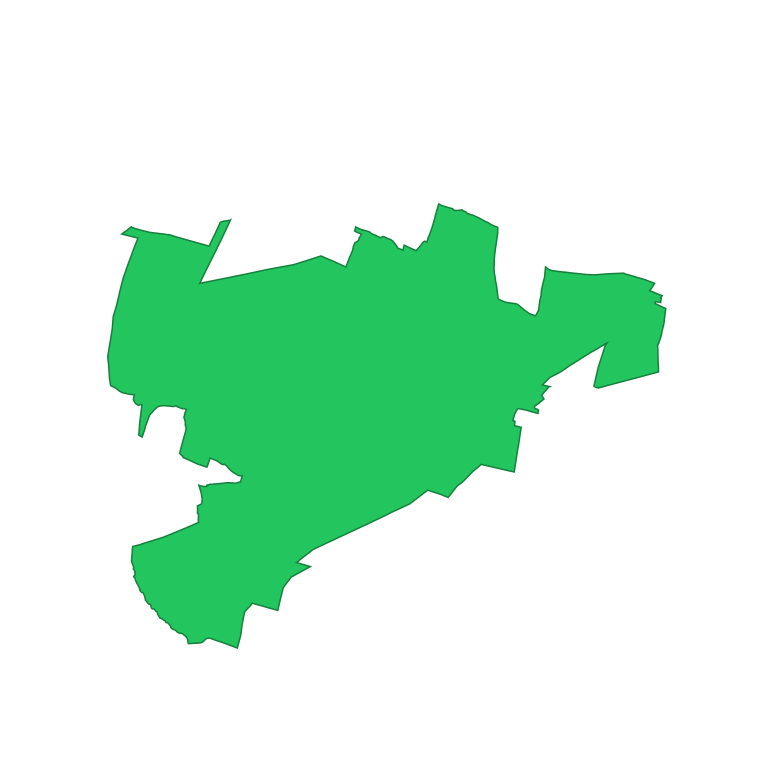 San Pedro Cholula, Puebla, Mexico (Robinson projection), rotated 345°
{"feature_id": "50627088B56415606246768", "entity_name": "San Pedro Cholula", "entity_type": "district", "adm_level": 2, "iso_a3": "MEX", "parent_name": "Mexico", "parent_adm1": "Puebla", "projection": "robinson", "projection_center": [-98.345, 19.072], "detail": "fine", "context": "isolated", "style": "filled", "palette": "green", "viewbox_px": 768, "rotation_deg": 345, "n_neighbors": 0, "source": "geoboundaries", "source_scale": "gbopen_adm2", "svg_char_len": 6136}
<svg xmlns="http://www.w3.org/2000/svg" viewBox="0 0 768 768"><g transform="rotate(345 384 384)"><path d="M133.9,369.9L136.6,372.7L141.6,365.2L142.6,363.1L149.6,353.3L152.6,351.5L155.0,349.7L159.7,347.3L161.7,347.3L164.0,347.7L165.1,347.7L169.1,349.2L171.2,349.8L174.1,351.1L175.3,351.3L176.5,351.3L177.3,351.1L178.1,351.6L178.3,352.4L183.0,355.8L184.6,356.0L186.6,357.5L184.5,360.0L182.1,364.6L182.2,366.6L182.3,367.7L182.2,369.5L181.4,372.4L181.4,373.5L181.5,375.7L178.9,380.5L174.5,387.8L168.6,398.2L171.0,402.0L171.0,403.0L177.2,408.0L181.0,411.3L183.9,413.5L190.7,418.1L191.6,418.4L196.8,410.6L202.8,415.0L204.7,417.4L205.6,418.2L206.7,419.7L207.5,420.1L208.2,420.3L208.7,420.0L210.4,421.6L211.6,424.2L213.1,427.0L214.3,428.9L215.6,430.5L219.6,434.6L220.9,435.3L223.3,436.0L220.0,441.5L219.1,441.3L216.7,441.3L215.1,441.6L213.7,440.9L210.6,439.9L206.7,438.7L197.1,437.3L193.3,436.4L192.6,436.6L190.2,435.9L188.6,436.0L187.3,435.8L186.6,436.0L186.5,436.6L186.2,437.0L184.6,436.7L182.9,436.1L180.9,435.2L179.0,433.8L179.2,441.9L178.7,447.6L178.0,449.8L177.2,451.8L176.5,452.6L173.7,453.3L172.4,453.3L172.0,454.5L171.4,457.4L170.6,459.7L170.4,460.6L170.4,461.0L171.0,461.5L171.1,462.1L169.2,468.0L169.1,469.7L156.7,471.6L131.1,474.9L108.5,475.8L106.7,476.2L105.7,476.0L99.2,475.9L98.1,478.6L97.0,482.2L94.4,489.2L94.3,491.6L94.5,492.8L94.6,494.6L94.8,495.1L94.8,495.8L94.1,497.5L94.0,498.3L94.5,498.9L94.7,500.0L95.2,501.0L95.1,501.3L94.6,501.5L93.8,504.5L92.6,504.8L92.3,505.3L93.3,507.3L93.1,509.1L93.6,511.2L93.7,512.7L94.4,515.0L95.2,519.1L95.3,519.7L94.8,519.7L95.0,520.7L95.8,522.5L97.2,523.0L97.4,523.8L97.8,526.5L97.8,529.6L97.6,530.8L99.6,535.5L101.2,536.4L101.5,537.2L101.6,538.2L101.4,539.0L101.3,540.0L102.0,541.3L103.6,541.6L105.0,544.7L106.0,545.6L106.0,546.4L105.7,547.6L107.0,552.0L108.7,553.4L110.3,555.2L111.2,556.0L111.5,557.6L112.0,558.3L112.8,558.3L113.7,559.3L114.6,561.6L115.1,562.5L115.2,564.3L115.7,565.3L116.6,566.3L118.3,567.4L119.7,569.2L120.0,570.1L121.5,571.4L122.4,572.1L123.6,572.3L124.8,573.1L125.3,574.0L127.3,576.7L127.8,577.7L128.1,578.7L128.1,580.1L127.8,584.2L133.5,585.3L137.5,586.2L139.2,586.5L140.7,586.6L142.5,586.1L145.8,584.2L146.9,584.0L149.8,584.2L155.2,588.1L160.7,591.6L174.0,601.1L180.8,589.2L184.5,580.1L187.7,573.4L190.6,567.8L196.7,564.1L200.1,561.7L222.8,575.2L228.2,565.1L234.0,554.6L244.4,546.5L265.6,541.3L253.3,533.8L255.1,533.2L257.0,532.1L272.5,525.6L275.7,524.9L339.3,513.6L359.9,509.6L377.7,506.5L398.7,497.9L409.3,504.7L416.6,510.2L427.7,501.9L429.1,501.1L432.6,499.8L434.8,498.8L442.5,494.3L447.1,491.5L453.8,488.5L457.0,486.8L474.1,495.9L487.0,502.7L496.0,482.3L497.6,478.7L497.8,478.6L505.3,461.3L499.2,458.0L500.9,453.9L500.8,453.7L498.9,452.7L502.5,446.9L506.0,443.1L507.1,442.5L507.4,442.5L512.6,445.1L514.1,445.7L519.2,448.9L525.1,452.3L526.5,449.2L526.3,449.0L525.8,448.2L523.5,446.8L523.3,444.7L524.9,444.0L527.5,443.1L528.1,442.7L528.2,442.8L529.0,442.5L529.8,442.0L534.7,439.9L533.3,435.7L542.4,429.5L543.4,429.4L536.7,425.8L541.4,423.3L545.7,420.7L546.5,420.5L547.5,420.3L556.2,418.4L559.6,417.4L567.7,414.5L572.7,412.9L573.2,413.0L573.9,412.5L578.1,411.4L579.5,410.8L582.7,409.8L583.8,409.6L584.7,409.1L585.5,409.1L585.7,408.8L589.0,408.0L592.3,406.8L594.1,406.5L599.8,405.0L609.5,402.1L610.1,402.1L607.9,403.7L595.3,423.3L586.2,440.4L587.2,441.6L588.5,442.5L589.6,442.8L590.0,443.4L599.7,443.3L621.4,443.3L622.2,443.4L652.3,443.4L653.8,437.3L654.0,435.7L655.3,430.2L657.5,421.4L658.3,417.2L658.7,417.0L660.0,415.6L663.3,410.7L665.0,407.7L666.3,404.8L667.8,402.1L669.0,400.1L670.8,396.3L672.3,392.3L675.7,384.1L670.1,379.4L666.6,376.2L667.5,374.7L670.3,375.9L672.3,376.9L672.9,375.2L674.1,372.8L674.0,372.5L673.6,372.1L675.6,370.7L668.9,365.8L668.5,365.2L665.3,363.0L664.8,362.4L667.2,360.8L671.5,356.8L662.8,350.6L650.4,343.0L645.8,340.4L644.3,339.0L629.7,335.7L615.7,333.1L608.0,330.7L595.0,325.7L587.1,322.5L586.8,322.8L586.6,322.7L586.2,322.3L576.5,318.3L574.8,317.4L572.6,315.8L570.3,312.8L566.5,323.0L565.7,324.1L560.5,333.8L558.8,338.7L556.0,344.0L553.6,349.7L552.6,352.5L548.1,357.4L542.7,353.7L538.8,349.0L534.1,342.2L533.4,341.5L532.1,340.6L523.9,337.1L521.8,335.9L520.1,334.6L516.3,331.4L518.1,318.6L518.3,316.2L518.3,313.7L518.7,312.3L518.7,310.6L519.0,309.4L519.3,305.4L519.8,302.6L519.8,301.9L520.2,300.9L523.0,291.6L524.4,287.7L526.5,282.5L532.8,268.0L534.4,262.2L530.5,259.2L527.4,256.4L525.7,254.4L525.2,254.3L524.6,253.8L517.7,247.3L513.2,243.7L508.5,240.8L508.0,239.5L507.3,238.7L505.4,237.5L504.9,236.3L504.5,236.0L503.3,235.8L502.5,235.7L502.1,235.8L499.9,235.4L496.8,234.5L495.6,232.4L490.8,229.6L486.5,226.9L483.4,224.3L477.3,234.4L476.0,236.9L471.4,244.6L466.9,251.1L464.2,254.6L462.2,258.0L460.5,256.7L459.9,256.6L458.2,257.3L455.3,259.7L450.4,262.9L449.7,263.6L444.7,259.6L439.4,255.1L436.9,259.7L435.2,258.2L432.7,256.6L430.8,251.0L429.4,248.1L427.9,246.2L425.0,244.3L424.6,243.9L421.8,241.5L420.8,241.2L419.5,241.5L418.6,241.9L417.1,240.7L413.7,237.6L411.0,235.7L409.1,233.1L403.9,230.0L400.0,227.5L397.3,224.9L395.3,228.5L395.4,228.8L396.1,229.6L401.0,233.4L399.5,235.0L397.7,236.5L397.5,237.7L396.8,238.3L395.2,239.3L394.0,239.8L392.7,239.8L390.3,242.7L388.2,246.8L386.4,249.2L383.3,253.1L381.3,256.0L377.4,261.1L367.6,252.9L361.5,248.2L356.3,244.0L332.1,245.2L327.1,245.3L301.0,243.2L300.6,243.2L277.6,242.0L232.0,239.1L243.9,225.4L255.1,212.8L258.8,208.5L263.3,203.5L277.8,186.3L278.1,185.9L277.8,186.0L271.2,185.2L270.0,185.2L267.7,185.4L263.6,190.5L254.5,201.2L250.8,205.6L236.5,197.1L222.5,188.8L215.4,184.3L212.2,183.2L211.0,182.5L209.9,182.1L197.4,177.1L190.9,173.6L183.8,169.4L181.4,167.7L181.0,167.3L180.8,166.9L177.5,168.0L174.8,169.4L172.9,169.9L169.5,171.3L184.1,179.4L175.1,191.6L174.3,193.0L169.3,199.9L160.1,213.3L158.0,216.9L157.8,217.1L151.0,229.5L150.2,231.2L145.5,239.8L139.9,248.8L135.4,261.4L124.4,285.6L123.7,289.0L123.0,294.1L120.3,307.6L119.5,314.8L123.7,318.4L126.4,322.2L129.1,324.7L135.9,328.3L140.1,329.7L138.0,333.8L137.8,334.6L138.3,336.7L139.0,338.5L141.3,341.2L143.3,340.8L144.2,340.8L144.7,341.3L143.7,344.2L138.1,358.0L133.9,369.9Z" fill="#22c55e" stroke="#15803d" stroke-width="1.5"/></g></svg>